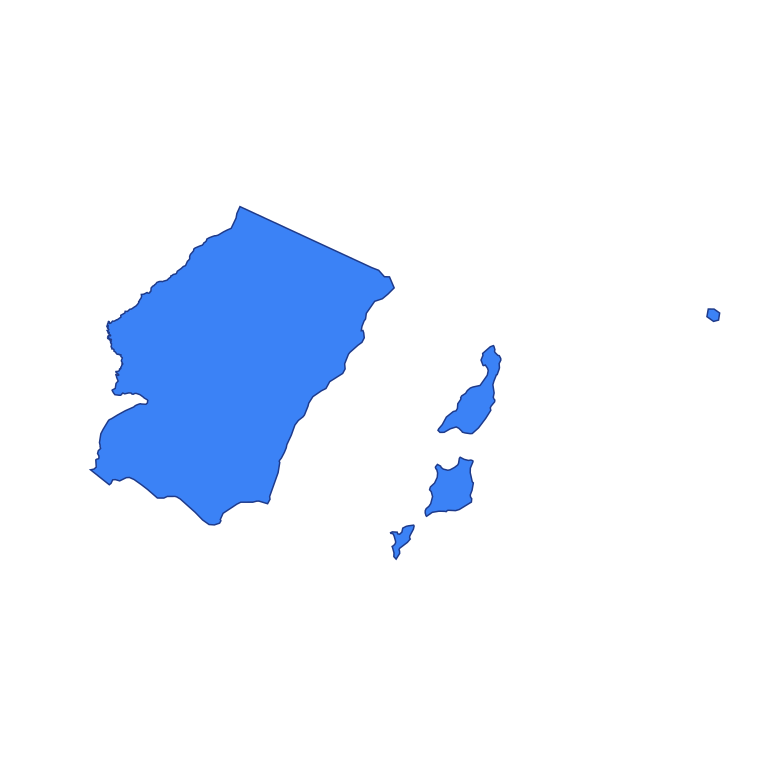 Santa Barbara, California, United States of America, rotated 295°
{"feature_id": "52423323B51130837096991", "entity_name": "Santa Barbara", "entity_type": "district", "adm_level": 2, "iso_a3": "USA", "parent_name": "United States of America", "parent_adm1": "California", "projection": "equal_earth", "projection_center": [-120.082, 34.285], "detail": "fine", "context": "isolated", "style": "filled", "palette": "blue", "viewbox_px": 768, "rotation_deg": 295, "n_neighbors": 0, "source": "geoboundaries", "source_scale": "gbopen_adm2", "svg_char_len": 6163}
<svg xmlns="http://www.w3.org/2000/svg" viewBox="0 0 768 768"><g transform="rotate(295 384 384)"><path d="M182.2,154.3L176.6,177.6L178.6,178.6L182.5,178.6L183.8,180.9L184.5,185.4L190.2,190.0L191.7,192.8L191.8,197.9L190.2,206.7L188.5,214.3L184.9,226.8L187.6,232.7L190.5,235.1L193.8,242.1L194.1,243.8L193.7,247.9L187.9,267.1L184.1,277.1L182.7,284.8L184.6,289.8L188.4,293.8L191.1,294.0L192.0,292.9L198.8,292.8L212.9,301.4L216.3,304.1L221.5,315.1L224.0,318.1L225.0,320.1L226.3,329.1L231.3,329.4L233.7,327.9L258.9,325.5L268.8,322.7L269.5,321.8L270.5,321.6L273.5,322.3L279.9,322.6L284.8,322.4L287.9,321.6L298.5,321.6L309.1,320.6L314.8,321.8L320.1,324.5L322.3,325.0L331.8,324.5L334.8,323.9L342.5,324.9L351.5,330.2L355.4,333.3L363.2,333.8L376.1,342.1L381.2,342.4L385.7,339.8L396.0,339.2L398.2,339.7L408.3,344.1L412.4,346.4L417.5,346.6L421.8,344.0L423.6,342.3L422.7,340.9L426.8,339.7L432.6,339.3L435.1,339.8L440.6,338.1L455.0,340.6L460.6,346.5L467.2,349.6L475.4,352.6L483.4,343.7L481.4,339.0L484.8,331.1L484.3,323.8L483.9,178.5L476.3,178.6L471.9,179.8L460.5,179.7L457.4,176.9L454.1,174.3L448.9,170.8L447.4,169.1L446.7,167.8L445.2,166.2L442.7,163.8L440.5,162.2L438.8,162.5L437.3,162.1L435.8,161.1L434.8,161.1L433.1,160.7L431.1,158.6L427.4,155.3L426.0,154.6L424.1,155.1L419.7,153.8L417.6,153.9L415.3,155.0L413.2,154.5L412.3,154.0L407.4,154.1L405.6,152.4L403.0,151.4L398.8,149.0L396.6,149.2L395.7,148.7L394.2,146.7L392.8,146.1L392.0,145.2L390.6,145.4L388.6,144.3L386.4,143.5L384.1,140.8L383.2,140.0L382.8,138.7L381.9,137.0L380.0,135.2L378.3,134.9L376.8,134.1L376.0,134.0L375.2,133.2L373.2,132.5L372.5,132.4L369.7,133.5L368.9,133.0L368.0,133.2L366.9,132.5L366.6,131.2L366.8,130.7L366.4,130.2L365.7,129.8L364.0,128.4L363.2,127.3L362.6,126.2L360.9,127.3L360.1,127.4L358.9,127.5L357.2,127.1L355.5,127.1L355.1,126.8L354.2,127.3L352.2,127.0L349.8,126.2L348.3,125.2L345.2,123.4L344.3,122.0L341.3,120.8L340.5,118.7L338.8,119.1L335.0,116.4L333.4,117.3L329.4,115.0L329.2,114.5L327.1,113.1L326.4,112.0L326.3,111.4L323.8,110.7L323.3,110.3L323.0,109.7L323.6,109.4L324.3,108.7L324.4,108.1L323.6,107.8L322.8,108.2L321.4,108.1L320.7,108.4L320.4,108.8L320.3,109.4L319.9,109.5L319.6,109.1L319.6,108.6L319.3,108.3L318.8,108.8L318.9,109.3L318.8,109.9L318.4,110.0L317.9,109.8L317.5,110.4L317.6,110.7L317.1,111.5L316.4,111.5L315.8,111.0L315.5,110.5L315.2,111.0L314.8,111.4L314.6,112.1L314.8,112.4L314.6,113.1L314.1,113.4L313.7,113.2L313.5,112.8L312.7,114.4L312.8,115.1L312.6,115.6L312.1,115.7L311.8,115.4L312.0,114.3L311.6,114.1L311.4,114.2L310.8,113.6L310.4,113.6L310.1,114.3L309.7,114.5L309.0,114.0L308.5,114.4L308.7,115.1L309.1,115.6L308.2,116.0L308.1,116.4L308.1,116.8L308.6,117.0L308.8,116.9L309.2,117.3L309.2,117.8L308.8,118.3L308.2,118.2L307.3,117.8L307.0,118.3L307.1,118.6L307.0,118.8L306.2,118.6L305.6,119.1L305.6,119.6L305.5,119.9L303.9,120.6L302.4,120.9L301.7,122.3L301.2,122.6L301.1,122.4L300.8,122.7L301.1,123.0L301.2,124.4L300.8,124.9L299.7,125.3L299.4,127.3L298.7,128.3L298.2,129.5L298.6,130.7L298.9,131.0L298.9,131.4L298.7,131.5L298.6,131.9L298.8,132.2L299.0,132.4L299.2,133.3L298.5,133.5L297.7,134.0L297.2,135.7L296.7,135.9L294.4,136.0L293.5,136.6L293.0,137.5L291.9,137.9L291.9,138.2L292.0,138.5L291.3,138.8L290.5,138.3L289.5,138.6L287.8,138.4L286.8,138.9L286.3,138.7L286.4,138.4L285.9,138.0L284.5,138.4L283.8,138.2L283.1,137.6L282.0,135.8L281.3,136.3L281.1,137.0L280.9,138.2L280.1,139.8L279.6,139.6L279.3,138.9L279.2,137.7L279.4,137.3L279.3,137.0L279.1,137.0L278.7,137.4L278.4,137.9L277.0,138.9L274.3,141.8L271.3,140.9L266.4,142.3L263.7,140.2L263.3,140.3L261.7,142.5L260.6,144.6L261.8,148.5L262.5,150.0L263.5,150.6L264.0,150.5L265.4,151.1L265.5,153.2L268.1,156.5L268.9,158.5L268.4,159.7L268.7,161.0L270.2,162.2L270.8,163.5L271.2,167.4L270.3,171.8L270.0,172.4L269.6,176.3L269.1,177.0L268.5,177.0L267.0,177.6L265.0,176.8L263.3,172.5L263.2,171.7L262.5,170.7L260.7,168.9L259.2,167.7L257.4,166.9L250.4,160.8L243.3,155.6L237.4,151.7L235.6,150.2L234.8,149.8L233.5,149.6L224.2,148.6L219.2,148.4L210.6,150.9L208.5,152.6L207.3,153.1L205.8,154.4L203.0,153.3L202.5,153.3L199.9,153.8L198.3,156.0L196.7,156.8L195.7,156.9L194.2,155.2L193.4,154.9L188.2,157.7L187.0,158.3L184.3,157.1L182.2,154.3ZM364.8,452.5L363.8,455.2L365.6,458.9L371.5,463.1L375.6,467.6L375.5,470.5L374.1,474.4L373.5,475.4L373.9,478.1L375.4,483.1L376.4,484.9L384.1,488.2L395.8,490.7L405.3,491.9L407.3,490.4L409.2,490.4L414.6,491.8L416.3,491.2L416.9,489.9L418.2,488.6L422.4,487.6L429.3,483.0L433.1,482.4L439.8,482.0L440.3,482.6L445.9,482.1L447.5,481.8L451.2,479.7L455.0,479.8L456.5,479.0L458.4,476.5L458.1,475.0L459.5,471.3L460.4,470.3L462.0,470.0L464.7,467.6L465.0,466.9L462.7,464.6L453.4,460.5L451.7,461.6L446.7,461.8L442.7,465.9L442.8,466.6L444.0,467.8L442.0,471.2L440.2,472.8L435.6,473.9L423.3,471.7L418.8,465.8L416.8,463.9L413.3,462.3L410.0,461.9L406.0,459.4L403.9,459.3L403.3,459.9L402.1,460.0L397.3,459.2L392.8,460.9L390.1,460.6L388.3,458.4L380.4,454.5L371.9,454.0L366.4,452.5L364.8,452.5ZM282.4,477.7L282.1,478.5L288.1,482.0L291.9,487.5L294.2,492.7L294.6,494.3L296.2,494.9L296.8,495.8L299.5,502.4L302.1,505.3L313.9,513.1L317.1,512.0L318.0,510.3L319.8,509.1L325.0,508.7L332.1,506.8L332.3,506.4L332.4,505.8L332.8,505.2L340.1,499.6L344.3,497.8L351.2,497.5L352.0,496.9L351.8,494.9L350.4,492.8L349.6,488.5L349.8,484.0L348.5,483.7L343.6,485.1L341.7,485.0L338.1,483.1L334.2,480.2L332.8,478.3L332.2,475.0L331.9,473.9L332.5,471.2L333.5,470.0L333.7,466.4L330.7,465.7L330.0,465.9L329.0,467.0L328.8,467.9L326.0,470.2L321.9,471.7L315.6,471.7L310.4,469.6L309.3,469.7L307.4,470.0L306.4,472.3L302.5,475.6L295.3,476.9L292.1,476.4L288.9,474.9L286.7,474.9L284.6,475.8L282.4,477.7ZM231.7,465.9L230.4,469.0L237.1,469.8L239.2,468.7L240.2,467.6L241.7,467.6L250.3,472.1L254.6,473.3L255.2,472.3L257.1,471.6L264.9,472.0L268.0,471.3L268.6,470.5L265.8,466.1L264.4,464.3L261.3,461.9L257.3,462.8L254.4,461.6L254.0,459.7L255.3,458.6L253.5,454.0L252.0,452.8L251.5,453.3L251.9,454.6L251.9,455.7L250.5,457.4L246.3,461.0L245.0,461.6L243.1,461.5L241.2,460.7L240.2,460.0L239.3,460.9L235.2,464.4L231.7,465.9ZM581.5,648.2L580.0,656.2L583.3,660.2L590.2,658.2L591.4,651.5L589.0,646.2L581.5,648.2Z" fill="#3b82f6" stroke="#1e3a8a" stroke-width="1.5"/></g></svg>